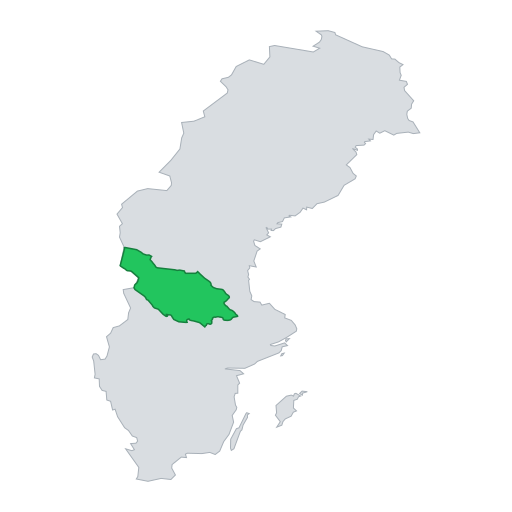 Dalarna highlighted on a map of Sweden
{"feature_id": "SWE-181", "entity_name": "Dalarna", "entity_type": "County", "adm_level": 1, "iso_a3": "SWE", "parent_name": "Sweden", "parent_adm1": "", "projection": "natural_earth1", "projection_center": [14.891, 61.079], "detail": "fine", "context": "in_parent", "style": "filled", "palette": "green", "viewbox_px": 512, "rotation_deg": 0, "n_neighbors": 0, "source": "natural_earth", "source_scale": "10m", "svg_char_len": 6510}
<svg xmlns="http://www.w3.org/2000/svg" viewBox="0 0 512 512"><path d="M98.5,355.4L100.6,359.7L105.1,359.1L107.0,356.0L109.4,346.9L106.5,336.7L110.6,333.2L113.2,327.6L119.4,325.9L127.8,319.5L128.6,312.8L130.6,308.0L123.7,293.3L123.2,289.6L133.9,287.7L138.5,278.0L131.3,271.7L120.1,265.8L124.1,247.1L119.5,237.1L120.2,232.8L119.5,226.3L122.4,223.7L117.0,214.1L122.5,207.6L121.6,204.2L137.4,191.1L147.7,188.6L166.8,190.6L171.3,185.4L171.5,182.6L169.8,176.0L159.1,172.2L170.8,160.4L179.9,149.0L181.7,137.9L183.8,133.2L181.6,122.5L193.9,121.2L204.8,116.8L203.3,111.0L227.3,93.0L228.0,89.8L226.1,86.8L220.4,81.3L222.0,78.8L228.4,77.3L231.5,74.9L236.2,66.5L249.3,59.9L263.8,64.3L269.9,56.9L269.4,46.6L274.6,45.5L313.3,52.0L319.7,48.2L313.1,46.2L319.5,42.1L321.3,39.5L321.9,36.6L321.5,35.0L316.1,31.2L328.2,30.7L334.9,32.5L335.6,34.8L362.2,46.8L383.2,51.6L389.3,55.1L391.6,58.9L394.9,59.1L398.9,62.6L403.0,64.6L399.8,67.1L400.1,72.7L401.2,75.3L399.4,80.2L406.3,81.4L407.5,84.3L404.0,87.3L404.6,90.6L413.7,100.8L411.6,104.1L411.2,108.2L407.3,111.2L406.8,114.4L407.7,118.5L409.1,120.5L413.0,121.9L419.8,132.8L413.3,133.6L408.3,132.1L396.7,133.4L393.8,135.1L384.8,130.7L379.8,133.2L376.2,131.0L373.6,134.6L373.0,139.5L368.8,139.1L370.4,140.9L364.8,141.6L364.4,142.3L365.6,143.6L364.0,145.1L356.2,145.6L355.2,147.2L357.5,149.1L357.5,150.3L352.4,148.5L356.0,152.0L356.8,154.6L346.3,164.9L350.0,167.6L353.1,173.4L356.3,176.0L355.1,178.8L344.1,185.3L338.1,195.4L324.3,202.1L317.0,203.7L312.3,208.5L306.7,207.1L306.6,209.8L303.0,208.1L300.1,212.3L295.1,215.9L289.6,215.3L289.0,215.9L290.7,216.9L284.3,217.9L282.5,221.6L277.8,222.6L277.0,223.8L281.8,224.1L280.9,227.1L275.5,228.6L273.5,230.6L271.1,230.5L271.5,229.1L267.9,229.1L266.8,227.4L266.1,227.8L268.6,232.8L266.8,234.9L270.3,236.8L260.4,241.7L254.3,239.8L253.6,241.3L254.9,245.5L260.2,248.9L257.1,251.1L253.8,261.0L256.2,267.0L249.3,265.7L249.8,267.9L247.6,270.6L248.6,274.5L247.9,277.0L249.5,279.3L248.6,280.4L249.8,291.3L251.8,295.9L251.1,299.6L254.0,301.6L260.0,302.1L261.8,305.1L269.4,303.3L274.9,309.4L285.2,314.5L284.7,317.9L291.3,320.4L295.2,325.0L296.8,328.8L296.3,331.2L286.3,337.6L278.5,341.9L270.4,344.5L270.8,345.5L274.8,346.0L284.6,342.9L287.5,345.6L282.2,346.8L281.2,350.6L278.9,352.9L257.4,361.4L254.6,364.0L244.9,368.3L227.6,368.0L224.9,368.9L240.0,370.6L243.6,373.8L236.5,375.7L239.6,383.2L237.8,385.0L237.8,393.2L235.2,393.4L234.1,396.8L235.5,405.1L236.8,407.4L236.2,409.8L232.2,415.4L233.6,422.2L229.0,434.4L223.7,441.6L219.7,451.1L215.2,454.5L209.8,452.4L201.8,453.6L187.3,453.2L185.4,454.2L186.5,457.6L181.3,457.1L172.1,464.5L171.7,468.1L175.4,475.0L170.9,479.5L161.1,478.4L148.0,481.3L136.3,479.0L137.8,476.6L138.8,467.4L125.6,448.8L131.9,450.7L134.4,449.7L130.6,443.6L136.0,443.2L137.6,441.1L136.7,437.6L132.3,436.0L128.5,430.5L124.6,427.7L117.6,416.7L115.1,409.2L112.6,410.0L110.6,401.3L106.8,400.0L106.1,391.4L102.1,390.4L99.5,386.4L99.2,378.9L94.4,377.9L95.1,374.3L93.7,361.1L92.2,357.0L93.5,354.0L96.1,353.7L98.5,355.4ZM300.6,396.0L298.5,396.8L297.3,399.2L293.8,400.4L293.4,408.0L296.5,410.9L293.3,412.2L291.1,416.2L285.3,418.9L283.0,421.5L281.8,425.2L276.7,427.2L280.3,421.7L275.4,415.2L276.6,412.9L276.0,405.5L286.4,396.2L291.3,395.1L293.5,396.1L294.4,393.8L295.9,393.3L300.6,396.0ZM233.9,448.8L231.3,450.4L230.5,448.1L230.7,439.2L236.4,428.7L239.0,427.8L245.9,413.7L246.7,412.7L249.2,413.6L247.4,414.9L247.5,417.4L243.1,425.0L241.9,429.9L240.4,431.2L233.9,448.8ZM302.7,393.1L302.3,395.2L299.6,393.5L302.1,391.1L307.3,391.7L302.7,393.1ZM289.4,338.6L286.2,341.9L285.5,340.5L286.1,338.9L289.4,338.6ZM282.4,355.6L280.7,355.9L281.9,353.6L284.2,353.1L282.4,355.6Z" fill="#d9dde1" stroke="#a8b0b8" stroke-width="1"/><path d="M134.0,287.8L134.1,287.6L134.6,285.4L134.8,284.9L135.0,284.6L136.9,282.9L137.4,282.1L137.8,281.2L138.7,278.1L138.7,277.7L138.4,277.4L131.7,271.5L131.0,271.1L130.1,270.9L128.4,270.8L127.4,270.7L126.7,270.4L124.7,268.7L123.5,268.1L120.6,266.1L120.2,265.6L122.4,257.2L124.5,248.8L124.4,247.6L125.1,247.5L136.7,249.7L141.2,252.3L143.1,253.9L146.6,255.1L149.1,255.0L151.6,256.4L151.0,257.2L150.1,259.7L152.2,262.0L153.2,263.4L154.4,264.7L155.1,265.7L155.7,266.9L157.2,267.8L174.9,269.8L177.1,270.4L179.7,270.1L184.4,271.0L184.8,272.3L185.3,272.8L185.4,273.2L185.6,273.3L195.6,273.3L196.0,273.2L196.3,272.8L196.7,272.6L197.7,271.6L198.6,272.6L199.0,272.8L199.2,273.2L204.6,278.2L209.4,281.5L210.4,282.5L210.9,283.6L211.1,284.6L211.1,285.1L211.0,285.3L212.7,287.0L213.6,287.6L216.6,288.7L221.9,289.4L222.8,289.7L223.5,290.4L224.2,291.2L225.2,292.6L225.5,293.3L226.6,294.3L228.0,295.2L228.8,295.9L229.2,296.5L229.3,297.0L229.3,297.4L229.0,298.0L228.9,298.1L228.4,298.5L227.9,298.9L227.7,299.4L225.6,301.4L224.1,302.2L224.0,303.2L224.1,303.7L225.4,305.4L225.8,305.8L226.1,305.9L226.4,306.0L226.6,306.1L226.8,306.2L229.2,309.0L230.0,309.7L230.7,310.0L231.1,310.1L231.5,310.2L232.1,310.5L233.0,311.1L234.4,312.3L234.9,312.9L235.6,314.0L236.0,314.5L236.5,314.9L237.0,315.2L237.3,315.4L237.5,315.8L237.6,316.3L237.1,316.5L233.3,317.2L232.4,317.8L231.2,319.3L230.6,319.7L230.0,320.0L228.4,320.3L227.3,320.4L224.8,320.2L224.3,320.1L223.6,319.8L223.3,319.5L223.2,319.3L223.2,319.0L223.1,318.8L222.9,318.0L222.4,317.6L221.9,317.4L221.0,317.3L220.6,317.1L220.3,317.0L219.8,317.1L219.3,316.9L218.3,316.7L217.6,316.7L217.0,316.8L215.5,317.2L215.3,317.2L214.6,317.1L214.2,317.1L213.6,317.3L212.5,318.1L212.4,318.4L212.5,318.6L212.6,318.8L212.2,319.6L211.9,320.0L211.4,320.4L211.3,320.7L211.4,320.9L211.7,321.2L211.8,321.4L211.8,321.6L211.7,321.7L211.8,323.0L211.7,323.2L211.4,323.6L210.7,324.1L210.2,324.2L209.8,324.2L209.2,323.9L208.4,323.7L207.5,323.7L206.9,323.9L206.6,324.4L206.4,325.0L206.3,325.3L205.6,325.8L205.3,326.1L205.1,326.4L204.8,326.9L200.0,322.9L199.7,322.8L199.2,322.5L193.5,320.9L191.1,320.5L189.9,320.1L189.4,319.8L189.3,319.6L189.2,319.4L189.2,319.1L188.7,319.0L188.2,319.1L187.0,319.7L186.7,320.4L186.6,321.0L187.1,322.3L186.3,322.4L185.7,322.4L178.8,321.8L173.7,319.4L173.2,318.4L172.5,317.7L172.4,317.3L171.7,316.1L171.2,315.4L170.8,315.1L170.4,314.9L168.2,314.8L166.8,314.4L166.6,314.4L166.3,314.4L166.3,314.6L166.5,314.9L166.7,315.2L167.5,315.8L167.4,316.1L166.9,316.3L166.4,316.4L165.8,316.2L163.1,314.3L158.5,309.4L157.8,309.0L154.9,308.1L154.3,307.8L154.0,307.5L152.9,306.4L152.5,305.5L151.6,304.3L148.1,300.2L147.7,300.0L147.3,299.8L146.9,299.7L146.6,299.5L146.4,299.2L145.6,297.6L145.0,296.8L143.9,295.8L135.1,289.6L134.8,289.2L134.1,287.9L134.0,287.8Z" fill="#22c55e" stroke="#15803d" stroke-width="1.5"/></svg>